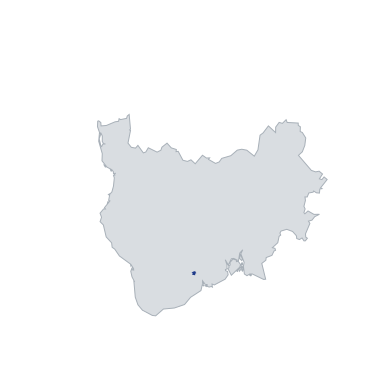 Joselândia, Maranhão, Brazil shown in context, rotated 131°
{"feature_id": "56859067B10532141445233", "entity_name": "Joselândia", "entity_type": "district", "adm_level": 2, "iso_a3": "BRA", "parent_name": "Brazil", "parent_adm1": "Maranhão", "projection": "albers", "projection_center": [-44.747, -5.02], "detail": "fine", "context": "in_parent", "style": "filled", "palette": "blue", "viewbox_px": 384, "rotation_deg": 131, "n_neighbors": 0, "source": "geoboundaries", "source_scale": "gbopen_adm2", "svg_char_len": 4337}
<svg xmlns="http://www.w3.org/2000/svg" viewBox="0 0 384 384"><g transform="rotate(131 192 192)"><path d="M112.7,100.5L116.1,103.2L120.2,101.8L121.6,103.5L123.9,100.9L129.4,98.1L130.6,95.5L134.2,94.0L134.4,92.5L130.2,92.0L128.9,85.3L125.2,81.2L130.1,83.2L134.5,83.0L137.6,85.0L138.4,82.4L149.1,78.9L151.4,76.6L151.2,74.6L154.5,74.4L155.4,75.4L154.5,78.8L157.4,79.7L158.4,82.4L156.5,84.6L155.8,90.2L158.0,96.0L163.1,99.2L165.3,98.7L166.3,96.8L168.3,97.2L174.0,94.0L181.3,94.8L180.1,92.4L181.2,90.7L182.7,91.4L187.4,90.1L192.8,93.0L195.1,91.5L200.1,92.5L209.5,79.2L211.0,80.6L214.3,92.7L215.9,94.6L219.1,95.6L219.5,98.7L214.2,104.6L210.9,106.5L206.6,114.6L202.3,115.8L206.8,115.9L213.4,111.8L214.7,116.9L216.5,118.5L223.3,116.7L221.3,122.5L224.0,117.8L227.1,115.1L228.6,115.9L229.3,115.1L228.7,113.0L230.8,110.4L236.1,109.8L247.5,114.2L248.3,116.5L249.9,114.9L252.5,116.7L253.2,118.6L251.9,119.9L252.5,120.6L253.9,119.3L254.2,120.6L252.9,121.9L252.1,125.8L253.9,124.2L255.2,121.2L255.4,123.3L260.5,120.6L272.4,124.0L281.8,123.8L291.1,129.2L299.1,136.8L309.3,138.2L311.2,141.0L313.7,151.8L312.6,158.8L308.6,165.8L297.5,177.3L297.5,176.3L295.4,181.6L292.0,186.2L290.4,186.8L289.2,184.8L288.2,185.8L286.7,190.7L287.9,204.8L285.8,212.8L286.1,216.0L283.1,219.3L282.2,227.3L275.0,237.3L274.7,241.9L270.4,243.7L268.3,247.5L262.8,247.6L261.6,246.2L261.2,247.8L252.6,248.1L253.0,249.4L247.6,252.6L244.5,252.5L239.1,255.1L232.3,259.9L231.0,262.1L229.8,261.3L229.4,262.3L227.8,261.9L229.8,263.2L228.3,264.6L227.8,267.1L229.0,272.5L227.5,280.4L221.9,284.9L214.9,295.7L208.3,300.5L208.1,298.9L212.8,296.9L216.9,291.1L217.0,290.0L214.3,290.7L212.6,288.8L213.5,290.7L212.7,292.9L208.6,296.4L207.3,299.3L207.8,300.8L204.7,306.2L200.4,309.6L199.5,309.1L199.4,306.4L201.8,304.0L198.0,300.3L189.5,296.1L186.8,293.8L184.5,295.1L184.2,293.4L179.4,289.7L177.1,290.7L174.7,290.3L184.9,279.7L186.1,279.8L185.9,278.8L197.1,272.4L198.1,267.1L195.9,263.4L192.3,263.4L194.4,254.4L192.1,253.1L187.3,254.0L184.8,244.5L180.9,242.9L177.9,244.1L171.5,242.9L172.3,236.6L170.2,231.7L172.0,230.5L170.4,229.1L174.0,219.7L171.9,215.5L168.4,213.9L168.6,208.1L157.4,208.2L156.9,203.4L154.7,201.1L156.6,201.0L155.0,193.0L151.5,191.2L147.1,191.6L139.1,186.5L130.7,185.3L127.1,182.5L124.5,178.1L124.1,168.5L116.9,169.9L104.5,177.9L100.7,177.1L92.0,177.7L92.3,167.9L88.1,171.4L82.3,171.9L80.9,168.8L75.7,168.4L77.1,165.8L70.3,157.1L72.0,155.5L71.7,153.0L75.4,150.0L74.7,147.8L76.6,141.6L82.9,137.4L89.3,135.1L94.5,135.7L97.4,116.1L95.7,111.9L92.9,109.7L92.8,105.3L98.5,104.5L97.4,102.1L94.0,102.2L93.9,98.2L104.4,97.7L104.2,96.1L105.9,97.5L109.2,95.1L111.0,97.6L111.4,100.8L112.7,100.5ZM217.4,106.7L229.0,107.7L226.3,114.5L224.2,114.7L223.8,115.9L222.1,115.3L220.2,117.1L215.8,117.1L214.2,113.7L215.4,112.8L214.0,111.6L214.9,107.7L217.4,106.7ZM207.5,115.0L209.3,110.1L211.1,109.4L211.0,112.4L207.5,115.0ZM220.6,104.2L219.4,106.1L216.8,105.7L217.2,104.5L220.6,104.2ZM216.6,102.3L216.1,106.0L215.0,105.6L216.6,102.3ZM222.4,106.6L220.8,106.8L220.0,106.5L222.0,105.4L222.4,106.6ZM214.8,106.8L213.1,108.0L212.4,107.4L213.6,106.3L214.8,106.8ZM217.9,103.5L217.1,102.7L218.5,101.9L218.6,102.7L217.9,103.5ZM216.9,93.9L216.0,94.0L215.7,92.7L216.7,92.6L216.9,93.9ZM229.4,275.8L229.1,274.7L229.8,273.6L230.0,273.9L229.4,275.8ZM248.6,252.1L248.8,253.4L247.7,253.1L248.6,252.1ZM228.8,267.9L228.3,267.2L229.0,266.5L229.3,266.8L228.8,267.9ZM253.6,123.3L252.9,124.8L253.6,122.8L253.6,123.3ZM289.8,187.1L288.6,187.4L289.4,186.4L289.8,187.1ZM255.7,248.6L254.5,249.1L254.3,248.8L255.0,248.2L255.7,248.6ZM287.9,189.6L287.4,190.3L287.2,189.8L287.9,189.6ZM250.5,113.7L250.5,114.5L250.2,114.3L250.5,113.7Z" fill="#d9dde1" stroke="#a8b0b8" stroke-width="1"/><path d="M251.8,138.2L252.0,138.0L252.0,137.9L252.1,138.0L252.1,137.9L252.2,137.7L252.3,137.7L252.5,137.6L252.4,137.5L252.4,137.4L252.5,137.4L252.6,137.2L252.8,137.0L252.8,136.9L252.7,136.9L252.8,136.9L252.7,136.8L252.8,136.7L252.7,136.6L252.7,136.4L252.6,136.2L252.5,136.3L252.4,136.3L252.2,136.3L252.1,136.5L251.9,136.5L251.7,136.5L251.4,136.6L251.2,136.6L251.0,136.8L250.9,136.9L250.8,137.0L250.7,137.2L250.8,137.2L250.8,137.3L251.0,137.3L251.0,137.2L251.1,137.3L251.2,137.5L251.2,137.8L251.3,137.8L251.4,137.7L251.4,137.8L251.5,137.8L251.4,137.9L251.6,138.1L251.8,138.2L251.8,138.2Z" fill="#3b82f6" stroke="#1e3a8a" stroke-width="1.5"/></g></svg>